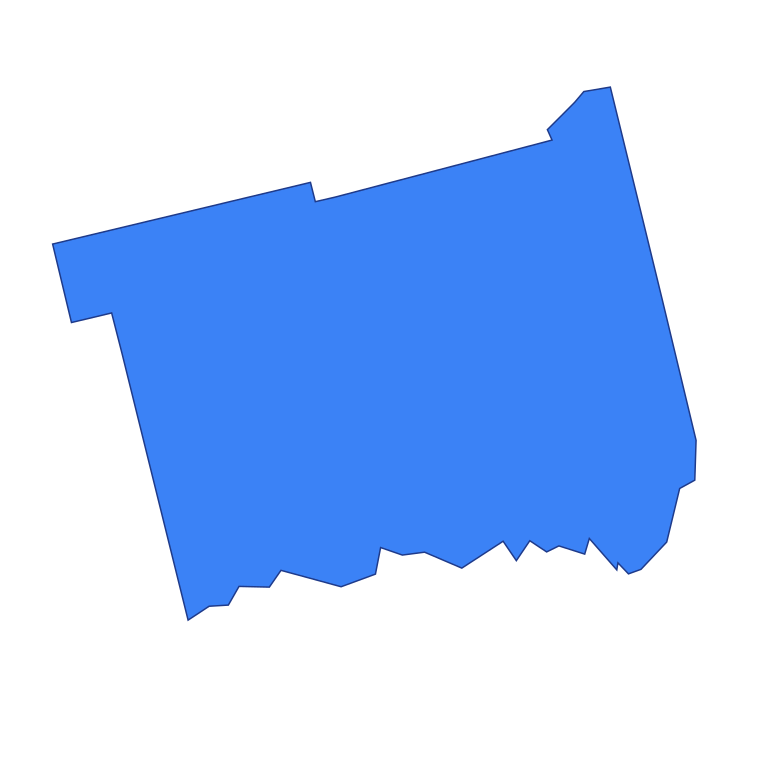 outline of Jackson, Indiana, United States of America, rotated 347°
{"feature_id": "52423323B62706448610818", "entity_name": "Jackson", "entity_type": "district", "adm_level": 2, "iso_a3": "USA", "parent_name": "United States of America", "parent_adm1": "Indiana", "projection": "natural_earth1", "projection_center": [-86.009, 38.897], "detail": "fine", "context": "isolated", "style": "filled", "palette": "blue", "viewbox_px": 768, "rotation_deg": 347, "n_neighbors": 0, "source": "geoboundaries", "source_scale": "gbopen_adm2", "svg_char_len": 685}
<svg xmlns="http://www.w3.org/2000/svg" viewBox="0 0 768 768"><g transform="rotate(347 384 384)"><path d="M357.7,171.0L92.6,173.1L93.3,253.8L134.6,253.5L135.6,295.2L140.0,570.0L163.6,561.2L182.6,564.4L197.2,548.6L226.6,556.1L241.7,542.4L296.6,571.9L332.9,567.3L343.9,542.6L363.4,554.8L385.7,557.0L418.4,580.9L464.7,564.0L473.2,585.9L490.8,569.5L504.7,584.2L518.0,581.1L541.3,594.9L549.3,580.7L569.0,617.5L571.7,610.9L579.5,624.0L592.7,622.4L623.9,601.6L648.6,552.3L665.2,547.6L675.4,509.1L674.1,364.9L673.1,283.1L671.3,145.6L644.5,144.0L633.2,152.4L617.3,162.4L600.4,172.9L602.6,184.1L378.3,190.9L358.1,190.9L357.7,171.0Z" fill="#3b82f6" stroke="#1e3a8a" stroke-width="1.5"/></g></svg>